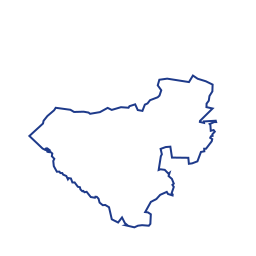 Arroyo Seco, Querétaro, Mexico, rotated 305°
{"feature_id": "50627088B12767875779778", "entity_name": "Arroyo Seco", "entity_type": "district", "adm_level": 2, "iso_a3": "MEX", "parent_name": "Mexico", "parent_adm1": "Querétaro", "projection": "natural_earth1", "projection_center": [-99.653, 21.432], "detail": "medium", "context": "isolated", "style": "outline", "palette": "blue", "viewbox_px": 256, "rotation_deg": 305, "n_neighbors": 0, "source": "geoboundaries", "source_scale": "gbopen_adm2", "svg_char_len": 1850}
<svg xmlns="http://www.w3.org/2000/svg" viewBox="0 0 256 256"><g transform="rotate(305 128 128)"><path d="M50.6,147.5L50.3,151.6L51.9,153.5L52.2,157.9L43.9,167.1L44.9,174.1L51.3,174.4L48.3,180.0L48.1,182.5L46.8,181.5L50.3,190.2L53.7,192.2L56.5,195.3L59.9,201.1L62.3,201.3L70.4,196.2L70.3,192.7L69.0,190.3L80.6,189.1L86.1,192.0L91.7,192.7L97.9,196.4L96.9,198.6L98.3,203.2L99.2,202.7L99.5,201.2L106.0,199.3L106.9,197.0L108.7,197.4L111.5,193.1L111.9,188.8L115.2,187.7L113.8,187.2L114.8,182.1L112.8,178.3L111.2,177.2L123.7,171.1L125.9,170.8L129.6,166.7L134.0,169.8L137.0,173.4L129.0,181.0L138.2,194.5L133.6,198.4L135.8,200.8L140.5,204.0L150.2,201.5L152.7,203.9L154.7,202.3L155.8,203.8L165.1,204.2L167.2,203.4L167.1,201.0L168.8,200.7L170.1,201.8L171.1,200.7L174.8,201.2L175.4,199.3L173.2,197.4L177.8,193.7L178.1,192.6L182.3,195.2L183.4,196.8L184.3,195.7L176.9,186.4L175.8,187.4L174.2,183.4L175.1,182.9L192.5,186.1L190.1,180.3L193.0,178.4L196.7,178.5L200.9,176.4L206.4,176.1L212.1,172.4L210.9,164.9L208.3,156.8L208.2,151.1L200.6,151.6L190.9,131.8L185.5,126.0L180.0,127.9L178.0,133.6L172.6,135.2L170.2,134.7L163.4,130.1L159.3,129.9L156.8,128.4L150.3,130.0L148.3,125.7L151.5,120.3L146.7,116.7L144.9,116.8L141.0,110.3L133.5,104.3L132.8,99.8L124.9,95.9L117.9,88.8L118.0,86.8L115.9,82.3L110.2,74.6L109.9,70.4L103.1,57.2L100.1,57.3L91.6,55.1L85.5,54.7L82.9,55.8L64.9,51.8L62.2,69.8L62.5,72.1L63.2,72.3L62.6,72.6L63.0,74.1L63.8,73.2L65.0,73.7L64.9,76.2L62.8,74.9L62.3,75.6L63.0,77.3L64.0,77.3L63.7,80.6L61.2,81.8L60.5,85.3L58.1,85.7L54.2,89.1L51.4,94.8L52.9,96.9L52.3,98.5L53.4,100.0L52.6,101.6L53.3,105.0L51.5,108.2L52.9,108.1L53.9,110.2L51.5,113.7L52.8,115.5L51.1,120.6L51.9,122.6L50.4,124.3L50.0,126.9L50.8,127.5L50.4,129.2L52.0,130.7L50.1,137.1L51.9,140.9L53.0,140.7L53.7,141.9L53.2,144.4L50.6,147.5Z" fill="none" stroke="#1e3a8a" stroke-width="2"/></g></svg>